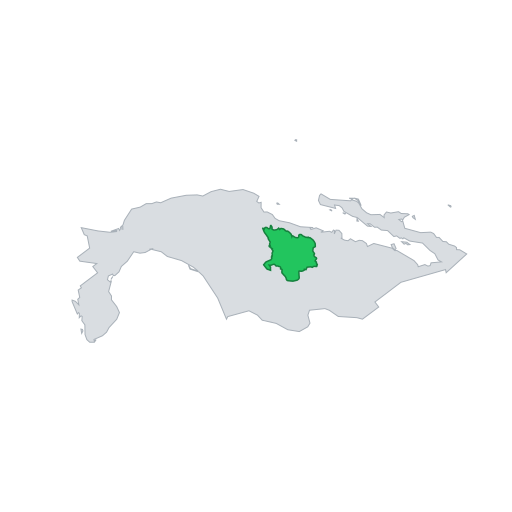 Durango highlighted on a map of Mexico, rotated 143°
{"feature_id": "MEX-2710", "entity_name": "Durango", "entity_type": "State", "adm_level": 1, "iso_a3": "MEX", "parent_name": "Mexico", "parent_adm1": "", "projection": "natural_earth1", "projection_center": [-104.93, 24.579], "detail": "fine", "context": "in_parent", "style": "filled", "palette": "green", "viewbox_px": 512, "rotation_deg": 143, "n_neighbors": 0, "source": "natural_earth", "source_scale": "10m", "svg_char_len": 9327}
<svg xmlns="http://www.w3.org/2000/svg" viewBox="0 0 512 512"><g transform="rotate(143 256 256)"><path d="M86.5,130.8L114.2,128.2L112.8,131.1L156.1,147.8L188.7,147.7L188.7,141.4L209.0,141.5L212.5,146.0L226.7,158.2L230.1,168.5L232.6,172.5L245.9,180.5L250.2,177.5L253.3,169.9L257.3,168.3L266.9,169.6L275.0,178.0L280.4,190.0L289.7,201.0L290.4,207.9L294.6,216.5L315.0,224.6L317.6,223.3L311.9,245.5L310.2,271.9L311.2,277.6L316.6,285.2L315.5,289.3L315.8,285.2L311.3,278.7L312.7,284.7L318.2,297.1L327.1,309.0L329.1,316.4L335.3,324.0L333.6,323.8L337.1,325.6L336.0,324.5L342.4,325.5L347.0,328.1L351.1,333.0L361.9,329.3L369.8,328.7L375.0,325.8L380.6,325.3L381.7,326.4L381.4,327.9L385.9,328.9L388.9,326.5L388.0,322.7L386.6,323.6L386.9,322.8L395.1,316.3L395.5,311.0L397.8,308.0L397.7,299.4L399.1,293.0L405.3,289.3L416.4,287.3L421.2,285.1L426.6,284.7L435.6,286.9L436.3,285.5L434.0,285.4L437.0,284.4L440.7,287.2L441.4,291.0L439.8,296.2L434.1,304.0L434.0,309.2L431.2,312.3L431.7,313.5L434.3,313.1L431.7,316.3L431.7,317.6L433.6,317.2L430.3,330.3L429.4,331.5L427.5,328.5L426.9,323.6L424.4,328.7L421.7,329.0L418.5,335.8L414.6,335.7L414.3,337.9L392.6,337.9L392.7,345.8L387.7,345.8L399.8,357.9L399.5,362.4L384.1,362.4L378.7,373.6L380.3,376.4L378.5,383.8L367.1,371.1L358.1,362.6L352.6,359.4L351.9,360.2L357.1,363.1L349.1,360.6L349.6,358.5L347.6,359.4L346.2,357.5L344.8,359.5L347.5,360.4L343.5,360.9L339.6,363.7L327.1,368.3L319.0,364.7L312.2,363.9L307.6,360.5L303.0,359.1L300.1,355.9L289.0,353.3L275.2,346.5L266.2,340.2L262.4,335.9L253.1,334.4L244.2,330.7L238.6,323.7L226.4,316.9L220.0,307.5L217.7,301.8L222.6,299.1L221.8,296.6L219.6,295.8L222.9,291.5L223.2,286.3L220.6,284.5L218.0,279.3L218.1,274.5L216.3,270.3L209.2,262.3L202.9,252.6L193.2,244.3L196.0,245.9L196.2,244.1L191.0,242.3L187.2,235.7L189.9,235.9L182.4,231.5L181.3,229.3L178.5,230.1L178.0,229.1L180.2,226.5L176.5,228.5L174.3,226.6L173.9,222.3L176.6,218.5L177.5,219.2L175.7,215.3L173.3,212.8L170.2,212.9L168.0,207.6L164.1,206.4L161.8,204.2L160.3,199.5L161.3,196.5L154.4,195.1L142.6,180.3L141.9,176.7L140.2,175.6L132.6,157.3L132.1,151.7L132.9,149.8L126.3,147.5L124.8,144.5L122.7,143.5L120.3,145.2L111.4,139.7L113.0,143.3L111.8,150.2L113.7,155.7L115.2,166.1L124.2,175.4L127.0,181.6L128.4,181.3L129.1,183.2L130.4,183.4L131.6,187.4L134.2,188.6L135.6,197.1L140.3,201.3L141.8,206.1L144.0,207.6L145.5,213.2L147.4,214.6L146.4,210.4L149.0,212.8L152.0,225.8L155.0,229.5L158.9,238.7L158.3,242.7L159.2,246.1L162.6,249.5L163.8,246.1L173.6,258.3L172.7,262.8L168.8,266.1L166.7,266.5L162.6,256.5L147.2,243.1L145.8,243.3L142.7,239.1L142.1,236.3L143.0,230.0L141.7,224.0L139.4,219.8L132.0,214.6L130.5,209.5L129.1,211.7L125.3,212.6L122.5,209.2L115.5,205.6L114.5,202.6L109.3,198.3L108.8,196.9L114.2,197.7L117.4,196.4L117.3,197.8L120.0,199.2L119.1,195.8L117.8,195.5L120.5,188.6L110.5,175.6L102.1,169.9L100.6,167.0L100.7,162.2L98.6,160.6L98.0,155.1L95.4,152.8L95.0,149.5L91.4,144.4L90.8,142.0L92.0,140.4L89.5,138.3L86.5,130.8ZM142.1,180.5L141.2,183.8L138.4,182.7L139.6,177.7L141.2,177.2L142.1,180.5ZM131.1,179.8L127.2,176.2L126.2,172.5L128.2,173.7L128.6,175.8L130.6,176.3L131.1,179.8ZM439.8,303.0L438.8,301.8L439.3,300.3L441.8,299.1L439.8,303.0ZM142.8,243.3L140.0,239.8L141.7,232.9L141.2,239.1L142.8,243.3ZM107.3,193.6L105.2,193.2L106.7,189.4L107.6,192.2L107.3,193.6ZM72.0,181.4L70.2,179.0L70.6,177.9L71.3,178.0L72.0,181.4ZM145.1,243.4L146.8,246.1L143.3,243.4L145.1,243.4ZM207.9,284.6L207.6,285.7L206.7,285.3L206.3,283.3L207.9,284.6ZM160.0,236.3L160.7,238.4L158.8,235.7L160.0,236.3ZM153.3,222.2L154.4,223.2L152.8,225.1L153.3,222.2ZM155.4,324.9L154.6,325.2L153.6,324.3L154.5,323.2L155.4,324.9ZM384.4,325.3L382.5,325.8L385.8,324.6L384.4,325.3ZM169.3,248.4L168.3,248.1L168.2,246.1L169.3,248.4Z" fill="#d9dde1" stroke="#a8b0b8" stroke-width="1"/><path d="M203.4,239.8L203.2,239.8L203.0,239.7L202.9,239.6L202.8,239.3L202.8,239.1L202.8,238.9L202.7,238.6L202.1,238.3L201.9,238.2L201.7,237.7L201.6,237.4L201.6,237.2L201.4,236.6L201.2,236.0L201.1,235.4L200.9,234.8L200.8,234.2L200.8,233.5L200.9,232.9L200.9,232.2L201.0,231.6L201.1,231.0L201.3,230.3L201.5,229.8L201.7,229.6L202.0,229.3L202.2,229.1L202.4,228.5L202.6,228.3L203.0,227.8L204.3,228.0L204.6,228.0L204.8,228.1L205.1,228.1L205.3,228.1L205.5,228.0L205.8,227.7L206.0,227.5L206.2,227.3L207.1,226.4L207.3,226.2L207.5,226.0L207.6,225.9L207.7,225.7L207.8,223.9L207.8,223.4L207.8,222.9L208.0,222.5L208.4,222.3L208.6,222.3L208.8,222.3L209.0,222.2L209.3,221.8L209.4,221.5L209.6,220.9L209.6,220.4L209.5,219.9L209.4,219.5L209.0,218.6L208.9,218.1L209.0,217.7L209.3,217.4L211.3,216.8L211.6,216.6L211.8,216.3L211.7,216.1L211.7,215.8L211.6,215.5L211.4,214.9L211.4,214.7L211.6,214.5L212.0,214.2L212.1,213.9L212.1,213.5L212.1,213.2L212.1,212.7L212.2,212.3L212.3,212.1L212.5,212.0L212.8,212.3L213.1,212.2L213.3,211.7L213.4,211.4L213.5,211.3L213.6,211.2L213.9,211.1L214.1,211.3L214.4,211.6L214.9,211.9L215.3,212.4L215.8,212.7L216.3,213.0L216.9,213.1L217.2,213.0L217.5,213.0L217.9,213.1L218.1,213.4L218.3,213.8L218.5,214.0L218.7,214.3L218.9,214.5L219.2,214.7L221.9,216.3L222.1,216.3L222.4,216.1L223.0,215.7L224.3,215.0L224.5,215.2L224.8,215.5L225.2,216.2L225.4,216.3L225.5,216.1L225.7,215.9L225.8,215.7L226.1,215.7L226.4,215.7L227.6,215.9L228.3,216.2L228.9,216.5L229.5,217.0L229.9,217.4L230.4,217.9L230.9,218.0L231.3,217.6L233.4,214.5L233.8,213.8L234.2,213.2L234.6,212.6L235.1,212.2L235.6,212.0L236.0,211.9L236.9,211.9L237.3,211.9L237.5,211.9L237.8,212.0L238.1,212.1L241.7,213.7L242.3,214.3L243.3,215.1L243.7,215.6L244.2,216.0L244.7,216.5L245.3,217.0L245.8,217.7L245.9,218.4L245.8,219.1L245.5,219.7L245.2,220.4L245.1,221.1L245.0,221.8L245.0,222.5L245.1,223.2L245.2,223.9L245.2,224.3L245.3,224.7L245.3,225.1L245.3,225.9L245.4,226.2L245.4,226.6L245.4,227.0L245.2,227.3L244.9,227.5L244.7,228.0L244.4,228.4L244.3,228.5L244.2,228.6L243.9,228.8L243.7,229.0L243.4,229.3L243.4,229.5L243.4,229.8L243.5,230.0L243.9,230.6L244.1,230.7L244.2,230.9L244.2,231.0L243.8,231.2L243.7,231.2L243.5,231.6L243.3,231.9L243.2,232.3L243.2,232.7L243.2,232.9L243.3,233.1L243.6,233.4L243.8,233.6L244.0,233.8L244.2,234.1L244.3,234.4L244.6,234.9L245.0,235.2L245.5,235.5L245.9,235.9L246.1,236.3L246.1,236.8L246.1,237.4L246.2,238.0L246.5,238.5L247.0,238.8L247.5,239.0L248.0,239.2L248.5,239.3L249.0,239.4L249.5,239.6L250.0,239.9L250.2,240.0L250.5,240.2L250.8,240.5L251.0,240.7L251.1,238.3L251.3,238.2L251.6,237.9L252.0,237.2L253.0,235.8L253.3,236.2L253.5,236.6L253.7,237.0L254.0,237.4L254.7,238.3L255.0,238.8L255.1,239.4L255.2,244.3L255.1,244.5L254.2,244.6L253.6,244.8L253.1,244.9L252.6,245.1L252.0,245.2L251.5,245.2L251.0,245.1L250.5,245.0L246.3,244.0L245.9,244.2L245.3,244.4L244.8,244.6L244.5,245.0L244.5,245.4L244.4,245.7L244.3,245.9L244.2,246.0L243.9,246.0L243.5,246.0L243.3,246.0L243.1,246.2L243.1,246.3L243.1,246.6L243.0,246.8L242.8,246.8L242.6,246.8L242.4,246.9L242.3,247.0L242.2,247.2L242.1,247.4L242.0,247.6L241.8,248.0L241.6,248.4L241.3,248.7L240.9,248.9L240.3,249.2L239.8,249.5L239.4,249.8L239.3,250.0L239.3,250.6L239.3,250.9L239.4,251.3L239.3,251.7L238.9,251.9L238.6,252.0L238.7,252.3L238.9,252.6L239.1,252.8L239.2,253.1L239.2,253.4L239.2,253.6L239.1,253.8L238.9,254.1L239.0,254.5L239.3,254.7L239.6,254.9L239.7,255.3L239.7,255.6L239.6,255.9L239.4,256.2L239.2,256.1L238.9,255.8L238.7,255.7L238.4,255.8L238.3,256.2L238.2,256.5L238.2,256.8L238.2,257.0L238.0,257.3L237.7,257.6L237.3,257.8L236.6,258.3L236.4,258.5L236.2,258.7L236.2,258.9L236.2,259.3L236.0,261.4L235.9,262.1L235.9,262.4L235.8,262.6L235.5,262.7L235.4,262.8L235.3,263.0L235.2,263.4L235.2,264.9L235.1,266.4L235.1,269.5L235.0,270.0L234.9,270.6L234.7,271.2L234.6,271.7L233.8,274.6L233.7,274.1L233.7,273.5L233.5,272.4L231.9,273.2L231.5,273.2L231.2,273.1L230.6,272.6L230.2,272.3L230.1,271.9L230.0,271.4L229.8,270.8L229.8,270.6L229.7,270.4L229.4,270.1L229.0,269.8L228.6,269.6L228.4,269.6L226.9,270.7L226.7,271.0L226.4,271.3L226.0,271.5L225.7,271.4L225.7,271.2L225.7,270.7L225.8,269.6L225.8,269.4L226.0,269.2L226.2,268.9L226.6,268.4L226.9,268.1L227.0,268.0L226.5,266.5L226.3,266.2L226.2,266.0L226.0,265.9L225.8,265.7L225.3,265.4L224.7,265.1L224.1,264.8L223.6,264.6L223.0,264.5L222.4,264.5L221.7,264.5L221.1,264.6L221.1,262.9L220.6,263.0L220.1,263.0L219.6,263.0L219.2,262.7L218.8,262.3L218.6,262.1L218.5,261.9L218.4,261.8L218.3,261.7L218.2,261.5L218.1,261.3L217.9,261.2L217.7,261.1L217.6,260.8L217.6,260.7L217.6,260.4L217.5,260.2L217.4,260.0L217.3,259.9L217.3,259.7L217.4,259.4L217.4,259.2L217.2,258.9L217.2,258.7L217.3,258.5L217.1,258.2L216.9,257.9L216.7,257.6L216.7,257.3L216.5,257.2L216.3,257.2L216.1,257.1L215.8,256.9L215.6,256.6L215.6,256.2L215.5,255.9L215.4,255.7L215.3,255.4L215.2,255.2L215.0,254.0L214.9,252.9L214.8,252.3L214.9,251.8L215.1,251.4L215.3,250.9L215.4,250.5L215.6,250.0L215.3,250.2L215.0,250.2L214.8,250.2L214.5,249.9L214.4,249.6L214.2,249.2L214.0,248.5L213.7,247.7L213.5,247.3L213.3,247.0L212.1,245.8L212.0,245.7L211.9,245.6L211.6,245.5L211.2,245.4L210.7,245.5L210.3,245.7L209.9,246.0L209.6,246.4L209.5,246.6L209.4,246.8L209.2,246.9L208.8,246.9L208.6,246.9L208.3,246.9L208.2,246.9L207.8,246.6L207.5,246.4L207.3,246.2L206.9,245.8L206.8,245.6L206.8,245.4L206.8,245.2L206.8,244.9L206.8,244.6L206.7,244.4L206.6,244.2L206.4,243.6L206.3,243.4L206.2,243.2L206.0,242.8L205.7,242.5L205.5,242.0L205.3,241.5L205.1,241.0L204.7,240.8L204.4,240.6L204.2,240.2L203.9,239.8L203.4,239.8Z" fill="#22c55e" stroke="#15803d" stroke-width="1.5"/></g></svg>